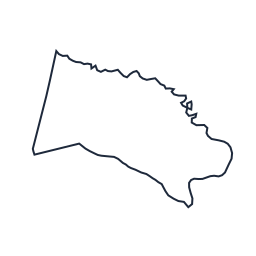 Floresta, Paraná, Brazil (Natural Earth projection), rotated 259°
{"feature_id": "56859067B84288078304543", "entity_name": "Floresta", "entity_type": "district", "adm_level": 2, "iso_a3": "BRA", "parent_name": "Brazil", "parent_adm1": "Paraná", "projection": "natural_earth1", "projection_center": [-52.094, -23.605], "detail": "fine", "context": "isolated", "style": "outline", "palette": "slate", "viewbox_px": 256, "rotation_deg": 259, "n_neighbors": 0, "source": "geoboundaries", "source_scale": "gbopen_adm2", "svg_char_len": 1546}
<svg xmlns="http://www.w3.org/2000/svg" viewBox="0 0 256 256"><g transform="rotate(259 128 128)"><path d="M105.0,205.0L108.1,204.1L112.9,205.9L116.4,203.4L117.7,195.7L121.2,191.6L125.1,192.5L125.8,196.4L128.9,197.7L128.3,193.5L128.3,190.1L132.1,188.1L136.5,190.1L139.6,186.0L142.6,184.9L143.5,188.2L145.9,190.7L148.8,190.7L150.1,184.0L152.2,179.6L155.3,177.8L157.4,180.3L158.9,176.6L159.5,172.6L162.7,171.7L164.9,168.3L167.6,166.7L171.6,164.2L171.7,160.4L171.7,155.6L173.8,151.9L176.6,149.5L179.6,149.0L182.3,147.3L182.0,143.9L180.5,140.3L178.0,136.7L179.8,133.7L183.5,131.2L187.1,129.1L186.7,122.6L187.7,119.2L189.6,116.8L188.3,112.1L190.6,108.8L195.4,108.0L193.4,103.5L197.5,103.9L198.9,100.6L199.1,97.0L201.5,94.0L202.7,89.6L204.6,86.6L207.2,83.6L210.6,82.2L211.2,77.7L213.7,74.3L217.2,72.3L189.8,60.5L174.9,53.9L125.7,30.6L123.0,30.7L119.7,31.1L122.0,77.1L115.9,82.3L112.6,86.1L109.2,90.6L107.3,93.2L105.9,96.5L103.8,103.6L102.3,108.8L99.6,112.4L94.7,116.3L92.6,118.9L90.0,120.9L88.1,123.3L85.6,127.4L81.8,132.5L79.3,137.3L76.4,140.3L73.9,142.7L71.9,145.0L69.1,147.4L66.5,150.4L63.1,151.4L58.9,152.7L54.2,154.7L49.9,159.3L46.7,163.5L44.8,168.8L38.8,172.1L41.1,176.4L46.6,177.8L52.4,177.1L58.1,176.7L62.5,177.5L64.9,180.0L65.6,183.2L64.4,187.7L63.8,191.4L65.0,199.6L64.7,203.4L63.2,207.7L63.7,211.3L65.8,214.7L73.1,220.0L78.1,223.8L83.5,225.4L89.5,224.9L93.5,222.9L96.2,219.8L98.5,214.9L101.3,207.9L105.0,205.0ZM136.5,190.1L134.1,193.6L139.1,195.0L141.9,195.1L140.8,190.7L136.5,190.1Z" fill="none" stroke="#1e293b" stroke-width="2"/></g></svg>